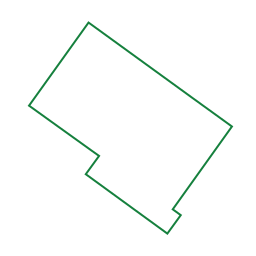 Hettinger, North Dakota, United States of America, rotated 36°
{"feature_id": "52423323B76867023232098", "entity_name": "Hettinger", "entity_type": "district", "adm_level": 2, "iso_a3": "USA", "parent_name": "United States of America", "parent_adm1": "North Dakota", "projection": "mercator", "projection_center": [-102.401, 46.418], "detail": "fine", "context": "isolated", "style": "outline", "palette": "green", "viewbox_px": 256, "rotation_deg": 36, "n_neighbors": 0, "source": "geoboundaries", "source_scale": "gbopen_adm2", "svg_char_len": 301}
<svg xmlns="http://www.w3.org/2000/svg" viewBox="0 0 256 256"><g transform="rotate(36 128 128)"><path d="M34.1,65.9L34.8,168.1L110.8,167.7L121.0,167.6L121.0,190.2L221.9,190.3L221.9,167.5L212.0,167.5L211.2,65.7L202.0,65.7L161.4,65.8L34.1,65.9Z" fill="none" stroke="#15803d" stroke-width="2"/></g></svg>